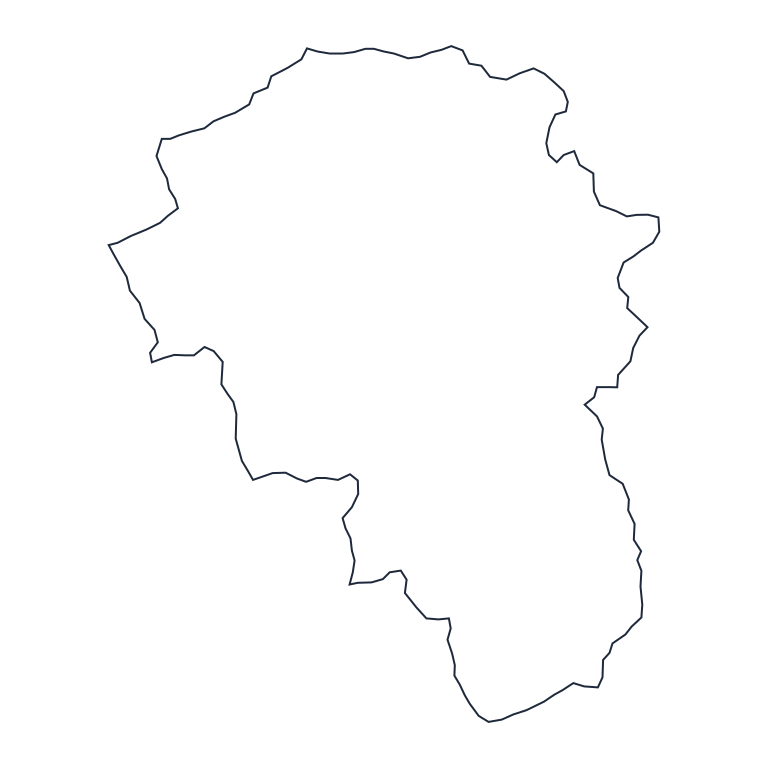 Lagoinha, São Paulo, Brazil (Robinson projection)
{"feature_id": "56859067B91717360167872", "entity_name": "Lagoinha", "entity_type": "district", "adm_level": 2, "iso_a3": "BRA", "parent_name": "Brazil", "parent_adm1": "São Paulo", "projection": "robinson", "projection_center": [-45.208, -23.098], "detail": "fine", "context": "isolated", "style": "outline", "palette": "slate", "viewbox_px": 768, "rotation_deg": 0, "n_neighbors": 0, "source": "geoboundaries", "source_scale": "gbopen_adm2", "svg_char_len": 2329}
<svg xmlns="http://www.w3.org/2000/svg" viewBox="0 0 768 768"><path d="M271.3,76.3L267.6,87.6L253.5,93.4L249.2,104.4L235.1,112.8L224.1,116.8L213.5,121.3L204.4,128.3L191.1,131.6L178.8,135.4L170.2,138.9L161.8,138.9L156.5,156.0L161.8,169.1L167.0,178.4L169.1,189.3L175.2,199.0L177.9,208.3L167.9,215.8L160.1,222.8L146.3,229.6L130.8,236.0L117.6,242.8L108.7,245.1L113.5,254.0L120.7,266.8L126.7,276.9L129.9,290.6L139.6,303.0L144.6,318.9L154.5,329.9L157.8,342.3L150.1,352.8L151.9,362.3L163.6,358.0L174.3,354.9L184.3,355.3L194.0,355.3L204.5,347.0L213.7,351.1L222.7,361.9L221.4,384.4L227.3,393.5L233.4,402.0L236.4,414.2L236.0,428.0L235.7,438.6L238.4,448.3L241.9,460.9L248.3,471.6L253.0,479.9L272.6,473.1L285.6,472.7L297.0,478.5L306.1,481.8L316.6,478.0L325.4,478.0L338.0,479.9L350.0,474.3L357.8,480.5L358.2,494.0L351.9,507.2L342.6,518.1L345.5,528.3L350.5,538.4L351.9,550.6L354.6,560.5L352.8,572.3L349.6,584.5L357.8,582.8L371.5,582.4L382.9,579.1L389.7,572.3L400.8,570.6L406.6,579.7L404.9,593.0L416.4,607.4L426.4,618.4L438.4,619.4L448.9,618.4L450.7,628.5L447.5,639.7L452.1,653.5L454.8,665.1L454.4,675.6L459.8,684.7L464.9,695.5L469.7,703.7L478.7,715.9L488.6,721.9L501.8,719.6L513.2,714.5L526.6,710.1L543.9,701.7L554.1,694.8L562.6,690.1L573.3,683.1L584.2,686.4L597.9,687.4L602.5,677.3L603.1,659.9L609.5,652.9L612.5,643.4L625.4,634.5L631.8,626.4L641.4,617.5L642.3,604.7L640.5,586.5L641.4,570.8L637.3,560.1L641.1,551.2L633.8,539.8L634.6,523.9L628.2,510.3L628.9,499.5L622.7,483.8L609.5,475.1L605.2,459.4L601.7,439.6L602.9,428.6L597.0,416.4L584.7,404.7L594.2,397.2L597.0,387.1L607.9,387.1L617.2,387.3L618.1,374.9L630.4,361.3L633.2,348.0L639.5,335.6L647.5,327.2L635.9,316.2L627.2,308.1L628.3,297.0L619.5,287.9L617.7,278.0L623.6,262.5L633.6,256.3L641.1,250.5L652.9,242.8L659.3,231.7L658.4,217.4L647.9,214.7L636.5,214.9L626.8,216.4L616.3,211.2L599.9,205.2L593.9,191.6L593.3,173.4L579.6,164.9L574.2,151.1L563.7,155.0L556.8,162.2L548.9,155.0L546.3,143.2L549.5,127.3L555.4,114.5L565.9,111.4L567.8,101.9L563.7,91.1L554.1,82.2L544.5,73.8L533.6,68.4L519.9,73.2L506.5,79.6L490.1,76.9L481.4,65.7L469.1,63.6L462.6,50.4L451.2,46.1L441.6,49.8L430.5,52.5L420.0,56.8L408.1,58.3L393.8,53.5L383.8,51.5L373.8,48.8L365.5,48.8L354.0,52.1L343.0,53.5L329.4,53.5L317.5,51.5L307.0,48.4L301.4,59.3L287.7,67.8L271.3,76.3Z" fill="none" stroke="#1e293b" stroke-width="2"/></svg>